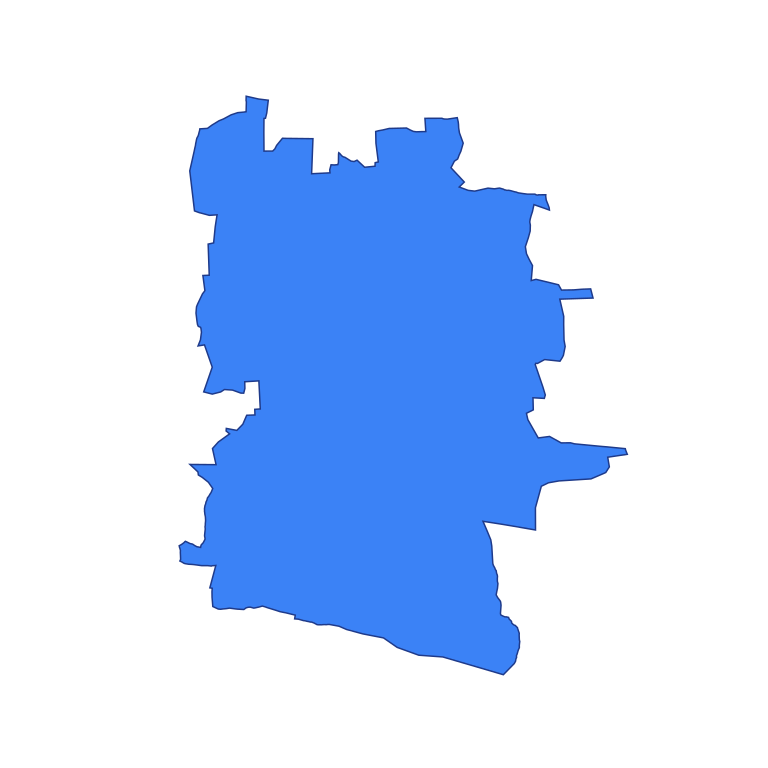 Teabo, Yucatán, Mexico (Robinson projection), rotated 81°
{"feature_id": "50627088B52982407932693", "entity_name": "Teabo", "entity_type": "district", "adm_level": 2, "iso_a3": "MEX", "parent_name": "Mexico", "parent_adm1": "Yucatán", "projection": "robinson", "projection_center": [-89.217, 20.381], "detail": "fine", "context": "isolated", "style": "filled", "palette": "blue", "viewbox_px": 768, "rotation_deg": 81, "n_neighbors": 0, "source": "geoboundaries", "source_scale": "gbopen_adm2", "svg_char_len": 5750}
<svg xmlns="http://www.w3.org/2000/svg" viewBox="0 0 768 768"><g transform="rotate(81 384 384)"><path d="M322.4,165.0L321.5,172.5L321.3,174.4L320.7,182.1L319.0,194.0L313.3,196.1L309.4,205.4L304.4,217.5L304.9,222.4L290.3,218.8L283.7,221.1L277.6,222.9L273.0,222.9L270.5,222.9L262.0,218.5L255.8,215.7L250.0,214.6L246.8,214.7L244.5,214.0L241.3,212.6L236.7,210.3L233.5,209.1L230.3,207.8L233.5,201.9L235.4,198.3L237.0,195.4L238.1,193.4L235.8,193.3L232.6,193.9L230.4,194.4L227.7,195.0L224.0,194.9L222.4,194.6L221.3,201.8L221.5,202.4L221.0,204.1L220.1,205.2L218.9,212.7L217.6,217.1L216.2,221.5L214.9,223.8L214.8,224.4L212.8,228.8L212.2,230.5L211.9,232.6L211.4,233.5L211.2,234.4L210.8,234.9L210.3,235.5L208.6,239.1L208.5,240.8L208.5,244.3L206.8,250.7L207.7,264.2L205.9,270.6L201.2,278.9L197.1,273.1L180.9,284.0L174.9,279.6L173.3,276.1L171.5,275.0L170.7,274.6L169.5,273.9L166.2,271.7L158.5,268.1L147.8,270.2L147.3,270.2L142.9,270.2L139.2,269.8L136.7,269.7L132.4,270.0L132.3,280.1L131.7,283.0L131.3,284.1L131.1,284.4L130.6,285.2L128.0,302.0L137.6,302.9L141.2,303.2L140.6,307.6L140.4,309.2L140.0,312.5L139.1,315.5L137.2,318.4L134.7,321.7L132.4,338.9L132.6,341.5L132.9,345.5L133.0,349.7L133.3,352.7L145.0,354.3L163.8,354.9L164.0,358.1L165.5,358.4L167.5,358.8L166.9,369.2L158.7,375.6L159.6,378.7L158.7,381.7L155.1,385.8L153.9,387.2L153.4,388.5L152.4,389.7L150.8,390.8L149.3,391.7L148.5,392.5L149.6,392.9L158.2,394.4L160.1,395.3L159.9,398.8L159.2,402.0L164.0,404.1L167.0,404.3L165.0,422.6L130.6,415.8L126.0,442.8L125.4,445.8L125.9,446.4L131.5,452.7L134.7,455.0L136.5,457.5L135.2,466.1L117.3,463.4L116.0,463.2L102.9,461.0L103.0,459.5L98.0,457.4L85.6,453.9L82.9,463.3L78.2,475.1L82.5,475.9L83.8,475.8L93.5,477.6L93.5,480.0L93.1,486.0L94.2,492.8L97.1,501.1L98.2,505.8L101.2,513.1L103.9,518.4L103.2,526.0L104.6,526.4L106.8,527.4L108.5,528.1L110.0,528.9L110.6,529.3L111.1,529.8L112.0,530.4L112.7,530.7L113.6,531.1L114.8,531.5L117.4,532.5L118.6,532.8L120.1,533.4L121.3,533.9L124.2,535.0L143.1,542.5L183.4,544.1L185.9,539.6L186.6,537.9L190.1,530.1L190.8,522.4L196.0,524.1L202.3,526.1L208.0,527.6L218.0,530.2L218.3,535.8L249.2,539.6L248.5,545.9L263.8,546.3L266.6,549.2L275.9,555.6L278.4,557.1L281.2,557.8L284.6,558.6L292.9,558.9L296.1,558.9L298.0,558.4L299.3,556.3L300.6,556.1L304.3,556.2L311.7,558.4L317.3,561.7L317.3,555.2L340.5,551.0L363.6,563.3L367.1,555.2L366.3,546.5L364.5,542.5L366.3,534.6L370.6,526.8L371.1,524.0L366.7,522.1L360.0,521.2L361.2,508.5L361.3,507.1L389.3,510.1L388.8,515.6L394.4,516.3L393.4,524.5L401.6,529.7L406.8,536.6L403.2,546.7L405.7,547.3L409.1,544.3L415.3,556.6L420.9,563.5L437.4,562.5L433.1,588.2L441.8,581.5L444.8,581.6L447.8,578.1L453.6,572.8L455.9,571.7L460.4,569.5L462.4,570.7L464.2,571.8L465.2,572.8L467.3,574.5L468.9,576.2L470.6,576.9L470.9,577.0L472.6,578.2L473.6,578.6L474.7,579.0L476.0,579.8L479.0,580.8L480.7,581.0L481.6,581.2L482.8,581.2L484.7,581.3L486.4,581.2L487.4,581.2L489.3,581.4L490.4,581.5L491.5,581.7L493.8,582.3L495.5,582.6L497.0,583.1L498.5,583.2L499.1,583.2L505.4,584.9L506.3,585.0L508.1,584.9L509.4,585.1L512.5,587.4L514.3,589.7L515.5,590.3L516.7,590.7L515.9,592.9L515.5,594.2L514.0,596.2L512.2,598.1L511.2,600.6L509.4,603.1L508.3,604.8L508.7,605.5L509.3,606.2L509.8,607.1L510.9,609.3L511.7,611.6L513.6,611.5L514.4,611.3L516.6,611.1L518.5,611.5L521.2,611.8L522.8,612.0L525.4,612.3L526.1,612.8L526.9,613.3L528.2,611.5L529.8,609.6L530.3,608.6L530.8,607.1L531.5,605.0L531.8,603.5L532.2,601.7L532.7,599.8L533.7,596.4L534.5,593.8L534.9,592.4L535.1,591.0L535.8,586.6L536.3,584.8L536.5,583.9L536.8,583.2L536.6,582.1L536.8,580.1L536.9,578.5L558.1,587.9L558.9,585.6L562.2,586.4L567.8,587.2L577.0,587.9L580.3,583.0L580.9,580.8L581.0,578.1L581.2,575.0L581.2,571.6L582.8,566.3L583.4,564.1L584.8,557.7L583.5,555.1L583.3,553.4L583.3,552.2L583.5,550.9L584.1,549.6L584.9,547.9L585.0,546.7L584.7,542.0L584.3,538.9L585.6,536.1L586.4,534.7L587.2,533.1L590.4,526.6L592.6,522.3L594.1,518.3L594.5,517.1L598.4,507.8L602.0,509.0L602.9,505.3L604.1,502.7L605.1,500.6L605.5,499.1L606.5,496.8L606.7,496.0L607.1,495.2L607.7,493.6L607.8,492.8L608.5,491.6L609.2,490.4L610.5,488.7L611.2,487.8L611.6,486.3L611.8,484.7L612.1,483.2L612.1,482.2L612.3,480.5L612.7,478.5L612.7,477.3L612.9,475.7L613.6,473.7L616.2,466.3L620.6,459.4L627.5,444.0L634.7,424.2L646.2,412.2L657.3,392.1L662.8,368.6L689.8,311.6L680.5,299.1L678.5,297.5L675.9,296.6L675.0,295.9L672.9,295.6L671.8,294.9L670.8,294.4L668.8,293.5L667.3,292.7L666.0,291.8L665.3,291.5L663.6,291.3L661.3,290.7L659.6,290.2L658.4,290.3L657.4,290.3L654.2,289.9L653.2,289.8L651.3,289.4L648.7,289.9L647.8,290.0L646.4,290.3L645.5,290.3L644.3,291.2L643.0,292.1L642.6,293.0L641.5,294.2L640.7,294.7L640.0,295.3L638.7,295.2L637.9,295.5L635.8,297.1L634.0,297.5L633.2,299.4L632.9,301.0L632.2,302.2L631.2,303.7L630.3,304.8L629.0,304.9L628.1,304.7L625.1,304.0L620.8,303.0L618.0,302.9L616.8,303.0L612.6,305.2L609.8,306.2L606.4,305.0L603.6,303.9L599.0,302.7L596.5,302.9L595.3,302.7L593.9,302.5L591.8,302.0L590.4,302.0L588.6,302.4L587.1,302.4L585.8,302.4L584.8,303.0L582.8,303.4L581.0,304.1L579.4,304.5L578.1,304.6L560.9,302.9L554.6,302.9L546.2,304.9L543.8,305.5L535.1,307.7L540.9,289.7L544.0,280.4L551.9,257.2L529.9,253.8L509.6,244.6L507.3,237.0L507.1,226.3L508.5,211.5L510.1,194.4L508.7,188.8L506.8,181.3L506.1,178.8L501.1,174.4L491.3,174.5L491.5,154.7L487.0,155.7L486.8,155.7L485.6,155.8L481.0,173.5L479.6,179.2L477.8,186.2L472.9,205.2L471.3,208.9L471.0,210.7L469.9,218.2L461.7,228.7L461.4,240.1L441.7,247.5L435.2,247.9L432.9,240.6L420.9,239.0L423.3,227.9L420.1,226.4L412.0,227.5L388.4,231.6L387.3,230.9L387.7,229.2L385.0,221.5L389.0,206.6L385.8,203.8L383.7,202.3L375.3,199.2L375.2,199.2L368.7,199.3L353.2,197.2L345.3,195.9L327.7,197.1L331.8,164.1L322.4,165.0Z" fill="#3b82f6" stroke="#1e3a8a" stroke-width="1.5"/></g></svg>